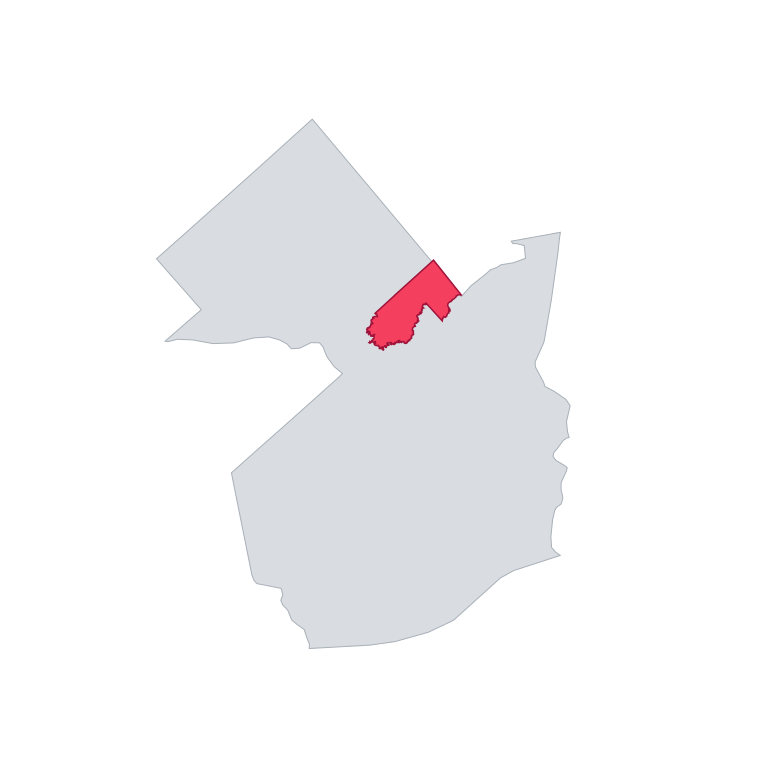 location of San Luis, Petén, Guatemala, rotated 318°
{"feature_id": "79465075B4836456001209", "entity_name": "San Luis", "entity_type": "district", "adm_level": 2, "iso_a3": "GTM", "parent_name": "Guatemala", "parent_adm1": "Petén", "projection": "albers", "projection_center": [-89.769, 16.056], "detail": "fine", "context": "in_parent", "style": "filled", "palette": "rose", "viewbox_px": 768, "rotation_deg": 318, "n_neighbors": 0, "source": "geoboundaries", "source_scale": "gbopen_adm2", "svg_char_len": 7445}
<svg xmlns="http://www.w3.org/2000/svg" viewBox="0 0 768 768"><g transform="rotate(318 384 384)"><path d="M151.4,530.5L154.5,527.4L157.1,520.4L160.4,513.1L158.5,504.6L157.5,497.7L161.1,487.8L160.9,480.3L162.6,475.7L167.9,472.8L170.8,467.1L156.0,447.3L156.0,442.8L158.1,437.4L170.5,416.5L185.2,391.7L201.4,364.3L211.2,347.9L246.1,348.1L269.2,348.3L298.6,348.5L330.5,348.6L351.4,348.7L360.1,348.5L358.6,337.7L359.8,325.8L363.6,315.0L363.7,310.3L357.4,304.4L345.4,301.0L338.7,295.8L338.7,289.3L335.8,281.3L330.0,272.0L317.9,262.5L299.6,252.7L284.0,239.6L271.2,223.1L260.4,212.5L252.0,208.1L250.0,205.7L274.6,206.1L297.9,206.5L298.2,183.0L298.4,162.2L298.7,138.7L340.7,139.0L390.9,139.2L443.0,139.3L483.9,139.2L507.9,139.2L506.9,168.4L505.7,202.1L504.9,226.9L503.7,260.1L502.5,293.9L500.9,340.1L499.8,370.0L500.3,370.7L514.1,369.2L534.5,370.4L539.5,370.3L545.8,372.9L550.6,373.6L561.0,380.3L573.2,385.3L580.9,375.0L576.8,368.9L573.7,365.7L574.1,363.0L616.6,389.3L611.6,393.4L600.9,403.0L581.5,419.3L564.1,433.9L547.3,447.1L532.1,459.0L530.3,460.2L511.1,468.7L507.9,472.7L503.8,489.4L501.9,493.6L505.4,502.8L508.9,517.2L507.8,524.7L494.5,534.0L488.4,542.3L485.7,547.7L483.3,546.3L479.1,545.9L469.6,548.0L465.0,548.4L461.1,550.8L460.7,556.0L463.3,564.4L464.2,568.7L461.5,570.7L449.8,575.7L445.1,580.7L440.7,588.4L435.5,591.7L430.1,591.1L426.3,592.2L418.1,598.0L405.8,609.2L399.2,617.5L399.0,623.7L400.3,629.3L355.5,609.4L340.6,606.0L277.6,606.1L250.7,598.1L220.1,582.9L199.4,569.1L151.4,530.5Z" fill="#d9dde1" stroke="#a8b0b8" stroke-width="1"/><path d="M479.6,374.6L480.2,374.3L480.6,373.7L480.6,373.4L480.9,373.2L481.2,373.3L481.6,373.9L482.0,373.9L481.9,373.2L482.0,373.1L482.2,373.3L482.4,373.1L482.0,372.5L482.4,372.5L482.7,372.8L483.1,372.3L483.0,372.2L482.5,372.1L482.2,371.6L482.4,371.4L482.9,371.4L483.3,370.8L483.2,370.3L483.6,369.2L483.6,368.7L484.9,367.3L486.1,366.9L487.5,367.0L488.2,366.9L488.4,367.0L488.5,367.4L489.0,367.6L489.7,367.5L490.6,367.0L490.9,367.4L491.8,367.2L493.4,367.6L494.8,367.4L495.7,367.5L496.4,367.0L496.8,366.9L497.3,367.3L497.7,367.3L498.5,367.3L499.4,367.9L499.7,368.0L500.4,368.6L500.6,369.0L500.6,369.5L501.0,369.6L502.2,349.6L503.7,325.1L451.1,325.2L451.1,325.3L424.6,325.5L424.6,325.9L424.5,326.3L424.8,326.7L425.1,326.7L425.2,327.8L424.9,328.3L424.5,328.5L424.4,329.0L424.1,329.5L423.9,329.3L423.9,328.8L423.6,328.4L423.1,328.3L421.9,327.4L420.9,327.3L420.6,326.9L420.4,327.0L420.4,328.0L419.6,327.5L419.4,327.6L419.0,328.0L418.6,328.0L418.2,328.2L417.8,327.9L417.2,327.9L416.8,328.5L416.7,328.5L416.4,328.9L416.3,329.4L415.9,329.6L416.3,330.2L416.2,330.7L416.3,331.2L416.3,331.7L416.1,331.7L415.7,331.2L415.3,331.4L415.0,331.2L414.4,330.6L413.6,331.2L413.6,331.5L412.7,331.7L412.6,332.0L412.2,332.0L411.7,332.3L411.5,332.0L411.0,332.3L410.7,331.7L410.2,331.7L410.0,332.0L410.1,332.3L409.5,331.7L409.5,331.4L409.2,331.2L408.9,331.3L408.9,331.6L409.1,331.7L409.1,331.9L408.4,331.8L408.1,331.8L407.9,332.0L407.7,331.9L407.5,332.0L407.5,332.3L407.8,333.0L407.1,333.3L405.8,333.8L405.5,334.1L405.5,334.3L405.7,334.5L406.1,334.6L406.7,335.0L407.0,335.0L407.2,334.1L407.5,334.0L408.5,335.5L408.3,336.0L408.1,336.0L407.2,335.6L406.9,335.6L406.5,335.8L405.8,336.4L405.8,336.9L406.4,336.6L407.3,336.8L407.5,336.9L407.4,337.2L407.0,337.7L407.0,338.7L406.3,339.1L406.2,339.4L407.1,340.5L407.6,341.0L407.8,340.9L407.8,340.7L407.5,340.6L407.3,340.3L407.4,340.1L407.6,340.1L408.1,340.2L408.5,340.7L409.3,340.5L409.6,340.5L410.1,340.9L410.1,341.0L409.3,341.0L408.9,341.2L408.2,342.4L407.6,342.9L407.4,343.2L406.7,343.4L406.1,343.1L405.9,343.5L405.2,343.9L404.6,343.8L404.3,343.4L404.1,343.4L403.3,343.8L402.6,343.6L402.1,344.0L401.7,344.2L401.4,343.9L401.7,343.0L401.4,343.1L401.0,343.5L400.6,343.3L400.7,343.9L401.2,344.4L401.7,344.5L402.7,344.3L403.6,345.0L403.8,345.2L403.9,346.1L404.8,346.0L405.7,346.4L405.9,346.5L405.7,347.4L405.2,347.5L404.9,348.0L404.6,347.9L404.0,347.5L403.6,347.6L403.4,348.0L403.3,348.8L403.4,349.5L404.0,349.9L404.2,350.4L404.7,350.8L404.9,351.5L405.5,351.5L405.7,351.8L405.2,353.4L404.5,354.1L404.3,354.6L404.5,354.9L404.9,355.1L405.4,355.0L406.1,354.7L406.3,354.7L406.4,354.9L406.0,355.5L405.9,357.2L406.0,358.0L406.3,358.4L406.7,358.3L407.2,357.3L407.3,357.0L407.2,356.0L407.6,355.5L407.8,355.5L408.3,356.3L408.6,356.5L409.0,356.5L410.0,356.1L410.5,357.0L410.4,357.4L409.8,357.9L409.8,358.1L410.0,358.3L410.3,358.3L411.2,357.4L411.8,357.6L412.6,357.2L412.9,357.3L413.0,358.0L413.6,357.9L413.6,358.3L413.8,358.4L414.0,358.0L413.7,357.4L413.8,356.6L413.2,356.6L413.1,356.4L413.6,355.7L414.0,355.6L414.1,355.8L414.2,356.4L414.8,356.5L415.7,356.8L416.2,357.3L415.8,357.9L415.6,358.8L415.8,358.9L416.5,358.4L417.0,358.4L416.9,358.6L416.4,358.8L416.0,359.7L416.5,359.9L417.4,359.8L417.7,360.0L417.8,360.2L417.8,360.8L417.7,361.1L417.8,361.3L418.0,361.3L418.4,360.8L418.7,360.7L419.0,360.9L418.9,361.5L419.4,361.6L419.6,361.3L419.6,360.6L419.8,360.5L420.7,361.4L421.0,361.4L421.3,361.1L421.5,361.1L421.6,361.3L421.6,362.1L421.8,362.2L422.3,361.9L422.6,361.9L422.7,362.2L422.6,362.8L423.1,362.9L423.6,362.5L423.3,361.9L423.3,361.5L423.6,361.3L424.0,361.4L424.4,361.8L424.5,362.4L424.7,362.7L424.6,363.0L424.0,363.2L423.7,363.7L424.4,363.8L425.1,364.2L425.1,364.4L424.8,364.6L424.8,364.8L425.6,364.7L426.3,365.4L426.7,365.3L427.0,366.5L426.5,367.1L426.9,367.8L427.3,367.8L427.5,368.1L427.4,368.3L428.1,368.5L428.2,368.8L428.9,368.7L429.1,368.2L429.7,368.1L430.1,368.1L430.1,368.5L430.6,368.5L430.8,368.3L430.9,368.5L431.6,368.4L432.0,368.7L432.1,368.0L432.6,368.2L432.8,368.1L433.6,368.3L434.1,368.2L434.3,368.4L434.7,368.2L435.4,368.3L435.7,367.3L436.4,367.2L436.4,366.9L436.9,366.6L437.6,366.6L438.0,366.4L438.1,366.5L438.2,366.8L438.6,367.0L439.4,366.8L439.8,366.0L439.7,365.6L440.0,365.6L440.5,365.2L440.7,364.8L440.9,364.6L440.9,364.2L441.4,364.2L441.4,363.8L440.9,363.2L441.6,362.4L442.5,361.9L442.8,361.5L443.1,361.6L443.8,361.4L444.5,361.5L444.9,361.3L445.2,361.6L445.5,361.8L445.6,362.0L446.0,362.1L446.2,361.7L446.1,361.1L446.4,360.6L446.5,360.2L447.3,360.0L447.8,359.6L448.6,360.1L448.9,360.6L449.6,360.3L450.2,360.5L450.2,360.1L450.6,359.5L450.9,359.5L451.3,360.0L451.9,360.4L452.2,360.0L452.3,359.1L452.5,358.9L452.4,358.4L452.7,358.4L453.1,358.2L453.3,357.7L453.3,357.3L453.6,357.3L453.7,356.7L453.5,356.2L453.5,355.8L454.1,355.3L454.4,355.3L454.6,355.2L455.0,355.4L455.7,355.2L456.0,355.5L455.8,355.8L456.0,356.0L456.5,355.7L457.0,355.8L457.3,355.6L457.5,356.0L457.8,356.0L458.1,355.6L458.3,355.6L458.6,355.8L458.6,356.4L459.0,356.3L459.1,355.8L458.4,355.0L458.5,354.8L459.3,355.2L459.4,355.7L459.9,356.0L460.0,355.6L460.6,355.4L460.7,355.1L461.0,354.8L461.6,354.7L461.3,354.2L461.8,353.7L462.1,353.9L462.3,353.5L462.8,353.7L463.2,353.8L463.6,353.6L464.0,353.8L463.8,353.4L464.0,353.3L463.8,353.0L463.9,352.3L464.2,352.2L464.4,352.3L464.7,352.2L464.9,351.9L465.2,351.9L465.5,351.6L466.1,351.3L466.2,351.0L466.4,351.1L466.7,351.1L466.9,351.4L467.1,351.5L467.3,352.0L467.9,351.9L468.2,352.1L468.1,352.9L468.2,353.0L468.5,353.0L468.6,352.5L469.0,352.5L468.9,352.1L469.0,351.9L469.3,352.0L469.4,352.5L469.3,353.1L469.4,357.1L469.5,376.1L470.3,375.4L470.4,375.0L470.7,374.8L471.0,374.9L471.5,374.9L471.6,374.5L472.0,374.3L472.1,374.1L472.7,374.1L473.5,374.0L473.6,374.7L474.0,374.9L474.1,375.4L474.6,375.6L475.5,375.4L476.1,375.5L476.5,375.2L476.6,374.9L477.1,374.8L477.2,374.7L477.6,374.6L477.9,374.3L479.3,374.2L479.6,374.6Z" fill="#f43f5e" stroke="#9f1239" stroke-width="1.5"/></g></svg>